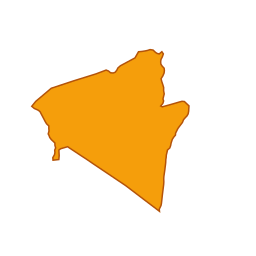 São Miguel dos Campos, Alagoas, Brazil (Natural Earth projection), rotated 227°
{"feature_id": "56859067B77062993140520", "entity_name": "São Miguel dos Campos", "entity_type": "district", "adm_level": 2, "iso_a3": "BRA", "parent_name": "Brazil", "parent_adm1": "Alagoas", "projection": "natural_earth1", "projection_center": [-36.106, -9.778], "detail": "fine", "context": "isolated", "style": "filled", "palette": "amber", "viewbox_px": 256, "rotation_deg": 227, "n_neighbors": 0, "source": "geoboundaries", "source_scale": "gbopen_adm2", "svg_char_len": 1650}
<svg xmlns="http://www.w3.org/2000/svg" viewBox="0 0 256 256"><g transform="rotate(227 128 128)"><path d="M199.7,120.1L209.4,99.0L210.4,78.7L209.5,72.4L206.1,72.8L203.9,73.8L202.1,74.5L200.0,74.8L196.3,73.8L193.7,73.1L191.5,72.5L189.4,71.9L186.6,71.3L183.5,71.5L181.6,69.7L179.7,68.2L178.1,65.6L176.3,65.1L174.5,64.3L171.8,64.0L169.3,64.2L166.9,64.3L165.1,62.7L162.8,61.5L161.8,59.3L159.9,57.8L158.6,56.0L157.6,52.8L155.6,51.2L152.1,55.9L154.7,58.8L159.0,62.4L158.8,64.5L155.5,71.1L153.6,71.5L139.4,74.9L133.8,76.3L125.3,78.2L87.5,87.0L64.1,91.0L45.6,94.2L47.3,95.5L48.8,99.3L50.1,101.1L52.5,103.9L55.7,107.6L58.8,111.3L62.3,115.5L64.1,117.4L66.6,119.6L68.2,121.3L70.1,123.7L72.6,126.8L73.9,128.3L75.2,129.9L77.0,132.0L79.1,134.1L80.4,135.8L82.1,137.6L83.4,139.6L85.0,141.9L84.9,144.9L86.0,147.1L87.6,149.3L89.5,152.7L90.2,155.6L90.4,157.8L91.8,159.3L92.6,161.5L93.6,164.1L94.2,167.3L94.9,171.5L96.2,174.3L96.5,177.0L96.6,179.3L97.3,181.6L98.9,183.8L100.8,185.8L102.6,187.7L108.9,187.3L110.7,185.7L112.2,182.9L113.3,180.7L114.3,178.7L116.5,174.4L118.8,170.0L120.1,167.5L121.8,166.9L122.2,170.2L123.5,172.5L125.3,173.3L126.6,175.2L128.2,177.7L131.0,179.5L133.3,181.7L135.9,183.0L139.0,184.4L141.5,185.8L142.3,188.9L143.6,191.9L145.2,193.8L147.1,195.2L150.0,195.2L152.3,195.6L154.1,197.0L155.6,198.8L156.7,201.8L158.1,204.4L160.7,204.8L160.9,201.3L162.8,200.1L164.6,199.7L167.9,199.5L170.3,197.6L171.4,195.2L172.6,193.2L174.5,190.4L176.6,187.7L174.5,180.9L178.7,164.9L178.8,161.5L178.0,159.5L177.5,156.7L178.3,154.7L180.3,152.9L183.0,152.6L185.3,151.5L189.4,141.5L191.8,136.5L199.7,120.1Z" fill="#f59e0b" stroke="#b45309" stroke-width="1.5"/></g></svg>